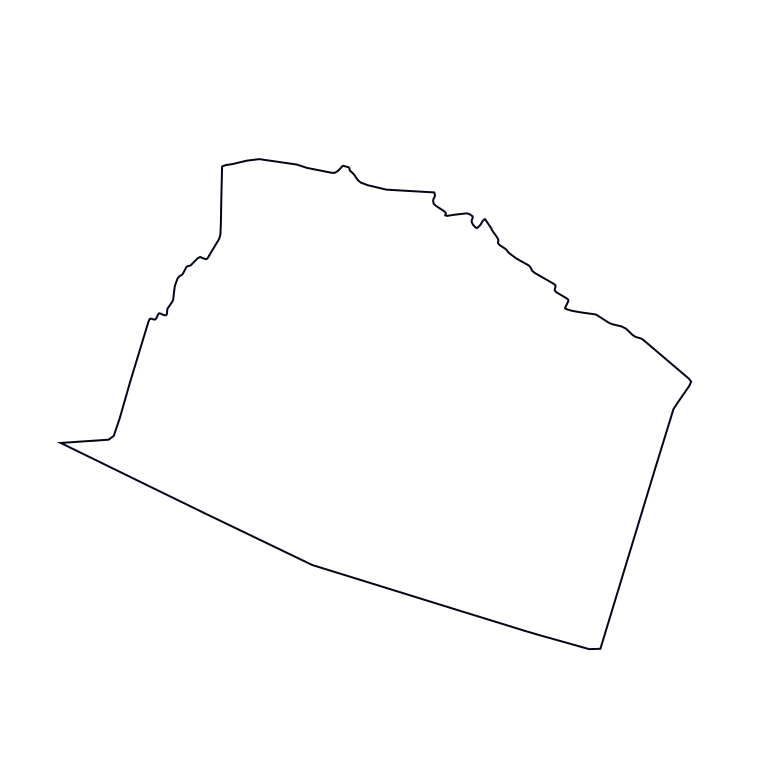 outline of Santiago del Estero, rotated 106°
{"feature_id": "ARG-1304", "entity_name": "Santiago del Estero", "entity_type": "Province", "adm_level": 1, "iso_a3": "ARG", "parent_name": "Argentina", "parent_adm1": "", "projection": "orthographic", "projection_center": [-64.331, -27.868], "detail": "fine", "context": "isolated", "style": "outline", "palette": "ink", "viewbox_px": 768, "rotation_deg": 106, "n_neighbors": 0, "source": "natural_earth", "source_scale": "10m", "svg_char_len": 2584}
<svg xmlns="http://www.w3.org/2000/svg" viewBox="0 0 768 768"><g transform="rotate(106 384 384)"><path d="M388.8,100.0L578.9,103.0L582.3,113.7L582.6,165.3L582.5,179.9L581.1,248.3L578.3,378.7L577.8,403.0L570.0,448.6L557.8,520.1L546.9,582.1L540.9,615.8L529.8,678.6L513.4,633.3L508.4,629.5L490.2,628.6L452.3,628.6L388.8,627.6L386.5,627.3L386.1,627.1L385.5,626.3L385.4,625.5L385.4,623.2L385.3,622.4L385.1,621.8L384.4,621.3L383.2,620.9L379.3,620.3L378.3,619.9L377.9,619.2L377.9,618.4L378.4,615.0L378.4,614.3L378.3,613.5L378.2,612.9L377.8,612.4L377.1,612.1L376.1,612.0L372.0,612.9L370.9,612.8L363.0,610.1L361.3,609.9L348.2,612.0L346.0,612.0L339.4,611.5L338.5,611.1L337.5,610.7L336.2,609.8L335.0,608.5L334.4,608.1L333.3,607.7L326.2,606.2L325.4,605.8L324.7,604.9L323.6,603.0L323.2,602.5L314.9,598.0L313.3,596.6L312.5,595.5L312.9,593.9L313.1,590.8L313.0,589.3L312.5,588.7L311.5,588.2L289.7,582.4L285.2,582.5L273.0,585.5L252.1,591.1L219.5,599.6L217.1,596.3L215.9,593.6L215.6,593.0L214.5,590.5L207.2,577.6L202.2,565.8L197.1,528.3L197.5,517.7L195.4,492.5L194.9,490.6L194.7,489.9L194.3,489.2L192.0,487.1L187.2,484.5L186.3,484.2L185.9,484.0L185.6,483.5L185.5,482.8L185.4,478.3L185.5,477.6L185.9,476.9L187.8,475.9L188.5,475.3L189.8,472.3L191.4,469.9L194.0,466.9L195.4,465.0L196.8,461.8L197.4,454.4L196.5,435.2L186.0,388.5L187.6,387.4L188.9,387.0L189.6,386.9L190.4,387.0L192.3,387.4L193.5,387.4L194.8,387.1L196.0,386.5L197.0,385.9L197.3,385.5L198.4,383.3L201.6,373.1L202.4,372.0L203.3,371.5L204.6,371.6L205.0,371.6L205.0,369.7L201.9,363.0L197.2,351.7L197.1,348.8L198.3,345.2L198.9,344.9L199.7,344.5L202.1,344.8L202.8,344.7L203.5,344.5L204.1,344.3L204.5,344.0L205.6,343.1L206.0,342.7L206.8,341.7L208.2,339.3L208.4,338.6L208.5,338.3L208.4,337.6L208.0,337.3L205.9,335.9L203.7,334.9L201.6,334.5L199.9,334.0L198.0,332.8L197.7,332.3L204.6,324.0L206.3,322.7L211.6,316.0L213.1,314.5L214.2,313.7L217.0,313.3L217.7,312.5L218.5,311.3L220.9,303.9L221.4,303.1L223.5,300.2L226.9,291.3L228.2,285.8L229.9,278.5L230.2,277.5L230.9,276.2L231.9,274.9L232.6,274.2L233.3,273.8L233.9,273.5L235.6,270.0L239.5,254.2L241.0,248.3L241.7,246.5L242.6,246.1L243.5,246.0L245.1,246.0L246.5,245.8L247.1,245.6L247.7,244.8L248.3,243.5L251.5,231.5L252.3,230.0L253.8,229.7L261.0,230.9L261.6,230.2L261.8,227.9L261.8,223.1L260.8,213.7L258.9,200.5L258.9,199.4L259.2,197.9L263.3,184.3L263.6,180.6L263.2,171.5L264.0,167.2L264.2,166.4L268.4,158.4L269.2,155.8L269.4,154.6L269.4,150.6L269.5,149.0L270.2,146.8L294.8,92.5L297.1,89.4L301.6,90.0L323.8,97.5L324.0,97.5L328.0,98.8L388.8,100.0Z" fill="none" stroke="#020617" stroke-width="2"/></g></svg>